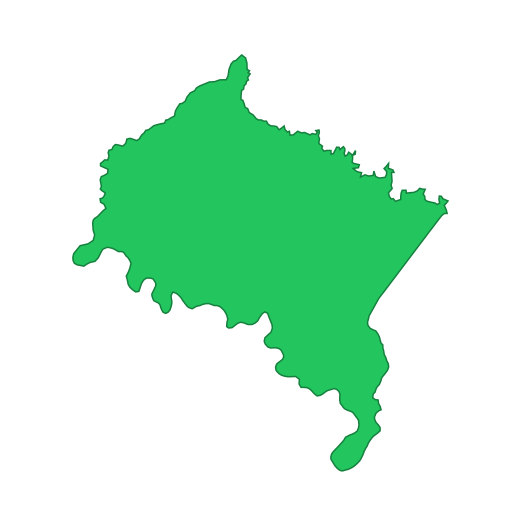 Bituruna, Paraná, Brazil (Natural Earth projection), rotated 191°
{"feature_id": "56859067B61553011926600", "entity_name": "Bituruna", "entity_type": "district", "adm_level": 2, "iso_a3": "BRA", "parent_name": "Brazil", "parent_adm1": "Paraná", "projection": "natural_earth1", "projection_center": [-51.539, -26.148], "detail": "fine", "context": "isolated", "style": "filled", "palette": "green", "viewbox_px": 512, "rotation_deg": 191, "n_neighbors": 0, "source": "geoboundaries", "source_scale": "gbopen_adm2", "svg_char_len": 5692}
<svg xmlns="http://www.w3.org/2000/svg" viewBox="0 0 512 512"><g transform="rotate(191 256 256)"><path d="M180.4,373.4L184.8,375.6L185.7,372.6L187.6,371.0L189.1,373.7L188.8,376.2L189.4,378.5L191.1,380.0L193.9,376.5L195.1,378.5L197.6,378.2L198.5,374.9L199.6,371.2L201.7,370.3L202.6,373.9L206.6,373.1L209.4,371.9L212.0,374.2L211.7,376.5L215.8,378.4L216.1,383.3L217.7,385.8L217.4,389.4L218.2,391.7L221.2,390.5L219.4,389.1L220.6,386.8L224.2,386.9L226.0,385.2L228.2,385.7L232.0,386.5L234.7,385.5L238.9,386.4L242.5,382.0L245.7,381.1L247.0,384.8L248.9,383.7L251.7,385.7L253.2,389.0L255.2,386.6L257.4,384.3L260.4,387.0L263.2,387.0L266.3,386.6L269.2,387.6L271.6,390.4L274.1,389.8L276.7,390.6L279.4,390.0L282.1,390.9L285.5,393.8L290.1,395.6L292.3,399.1L295.0,399.8L296.6,403.0L298.6,406.3L300.6,406.8L301.3,410.7L301.7,415.8L300.0,417.5L300.2,420.8L298.6,423.1L298.7,425.6L297.0,427.3L298.3,429.5L296.5,433.7L298.7,434.5L297.7,436.6L300.3,437.4L301.8,443.9L304.0,448.4L308.4,450.6L310.0,448.5L313.0,444.1L315.3,442.9L317.1,439.8L318.1,434.1L317.8,427.7L318.8,423.3L321.0,422.9L325.1,422.0L327.0,420.9L329.7,419.3L335.0,417.9L344.0,412.0L346.5,409.6L347.8,406.5L351.7,403.5L354.1,398.8L355.0,394.4L357.6,391.7L359.8,390.9L361.6,386.6L362.7,383.2L362.8,377.7L365.9,375.4L368.4,373.0L370.5,372.2L371.1,369.0L373.8,368.0L378.0,366.1L381.2,364.4L385.5,359.5L388.2,358.3L389.2,355.6L391.3,352.9L393.1,348.4L395.1,346.6L399.3,347.2L402.0,347.5L405.1,346.1L405.3,341.9L407.6,338.4L412.4,338.7L415.3,338.6L417.0,336.3L417.8,333.0L420.6,331.7L420.8,329.0L419.4,326.1L419.8,322.0L423.0,321.4L424.4,319.3L426.3,317.2L425.8,314.8L417.8,312.9L417.5,308.7L420.3,306.2L423.0,304.4L423.5,301.2L421.0,294.6L421.6,292.0L419.9,290.8L416.0,289.2L416.6,285.7L417.8,283.5L420.0,282.5L418.8,279.1L415.0,277.8L412.4,274.1L415.1,270.7L419.1,264.5L421.7,262.0L422.7,259.8L422.5,256.8L420.7,250.1L418.4,245.9L418.8,240.2L423.2,235.9L426.9,234.2L430.6,232.6L435.4,223.5L435.5,219.9L434.8,216.9L432.9,214.2L429.9,213.2L423.0,213.2L421.0,215.3L419.1,216.9L417.3,218.2L413.1,220.0L411.8,222.0L410.5,224.2L408.5,231.3L407.6,233.5L403.8,236.1L401.8,236.3L398.5,236.1L396.3,235.6L394.3,235.0L392.2,234.1L387.7,234.8L385.8,233.6L383.7,231.4L381.5,230.1L379.0,227.5L377.3,225.0L377.5,220.3L378.0,217.0L378.7,214.2L379.5,211.5L378.0,208.6L376.0,203.7L373.7,201.2L370.7,199.3L367.2,197.8L364.2,198.9L363.2,206.9L362.4,209.3L361.2,211.7L358.9,213.6L354.9,214.2L352.6,213.8L349.4,210.5L348.7,207.8L349.4,204.8L351.0,198.7L350.3,196.5L347.9,192.7L342.5,191.1L340.9,189.7L339.4,186.8L338.1,184.9L336.5,183.1L333.8,182.4L331.5,184.1L330.2,186.5L329.7,190.0L329.6,192.8L329.9,195.3L330.9,197.8L331.8,200.7L330.9,204.7L327.2,204.2L324.8,203.0L321.8,200.9L319.3,198.2L314.1,193.6L312.2,192.6L308.6,192.0L306.9,193.5L305.1,195.1L301.3,196.8L299.4,198.2L296.3,199.6L293.2,200.3L289.6,199.8L287.5,199.4L285.0,199.9L282.1,199.6L279.3,198.1L276.9,196.4L274.3,193.6L272.7,191.0L271.7,188.5L271.8,184.6L271.3,181.1L269.1,180.1L265.8,181.1L261.1,186.5L258.6,188.0L255.6,188.1L250.7,187.2L246.6,188.1L243.9,190.2L241.9,192.7L240.9,196.1L238.7,200.8L236.6,202.8L233.7,202.0L231.4,198.2L227.2,191.6L226.2,188.4L226.7,184.1L229.0,181.1L231.6,177.5L231.7,174.0L230.2,171.4L226.9,168.9L223.9,168.5L220.7,169.4L218.3,169.7L215.5,169.5L213.2,168.2L210.2,164.3L209.6,162.1L210.2,159.7L211.7,157.8L213.6,155.8L215.1,153.8L215.6,150.7L214.6,147.8L213.0,146.3L210.7,144.8L208.3,143.9L205.5,143.5L202.8,143.5L200.5,143.8L194.0,145.3L189.9,143.3L189.3,138.6L186.7,135.6L183.6,136.2L180.8,136.5L178.7,136.0L176.8,135.1L172.1,131.7L169.3,130.3L166.4,131.5L164.5,133.0L162.1,135.7L160.2,137.5L154.0,140.8L151.0,140.3L148.7,138.8L147.1,136.0L146.8,133.0L146.0,129.7L145.0,127.3L143.2,125.8L141.7,124.3L140.0,123.0L137.4,122.2L132.4,121.4L130.5,120.5L127.7,117.8L125.5,115.9L124.0,114.2L122.7,110.0L122.6,107.2L123.1,103.7L125.2,101.3L127.4,99.6L130.0,98.0L133.5,95.2L134.8,91.6L138.9,84.7L140.8,81.8L142.5,79.2L143.9,76.4L144.2,73.6L143.7,70.9L141.5,68.5L138.7,65.4L136.2,63.4L133.9,62.1L131.7,61.4L129.5,61.8L127.1,63.1L124.5,64.3L120.8,67.2L118.7,69.5L116.6,72.4L115.1,74.8L114.2,77.3L113.2,80.9L112.6,84.4L111.8,87.7L110.6,90.8L109.9,94.2L108.9,96.7L106.9,100.7L105.4,102.6L103.0,105.2L100.8,108.1L101.4,111.1L103.5,113.4L106.2,115.3L108.3,118.2L109.0,120.6L108.1,124.8L105.8,127.6L103.9,128.9L105.2,131.7L107.6,134.7L108.7,138.0L111.4,137.7L114.4,139.2L114.6,142.9L113.1,145.2L112.8,148.4L112.1,150.7L110.4,153.4L109.6,157.1L109.3,160.7L107.1,164.7L105.1,168.9L104.6,172.5L105.7,175.7L107.6,178.0L109.1,180.9L111.4,183.9L112.6,187.3L113.9,189.9L114.6,193.0L116.7,194.4L119.5,200.2L121.7,203.0L124.1,205.3L127.0,205.9L129.9,206.7L131.7,208.1L133.2,209.8L133.9,212.7L133.6,216.2L133.6,218.7L127.4,237.7L124.8,243.0L123.7,245.1L92.3,309.2L90.9,312.1L83.0,328.0L81.3,331.3L79.3,333.6L76.5,334.3L78.1,337.7L80.9,341.7L79.3,344.1L78.0,346.7L83.3,347.8L85.5,350.0L87.5,349.8L87.2,346.2L85.8,343.0L88.0,341.1L90.3,342.2L94.2,342.2L99.1,342.5L100.9,343.8L101.7,346.7L103.7,348.7L102.6,353.8L105.7,353.4L108.2,353.7L110.0,350.8L113.1,348.6L116.3,347.7L120.4,346.4L121.3,349.2L125.0,348.4L125.5,345.7L125.3,342.3L124.7,339.1L129.5,336.3L132.2,338.5L134.3,337.8L136.6,340.1L138.0,343.3L135.2,348.2L136.9,351.2L136.7,355.2L139.0,363.9L136.5,364.4L137.9,366.5L140.3,367.0L142.8,367.2L143.5,372.2L145.6,368.2L147.0,366.3L144.0,364.0L143.4,361.3L144.2,357.9L149.9,356.0L153.7,356.8L156.5,361.9L156.3,357.5L158.6,356.7L160.7,356.0L164.5,356.5L168.5,353.4L168.3,358.0L172.6,358.0L175.3,359.3L177.4,360.5L172.3,362.2L172.0,365.3L177.6,365.5L179.5,366.3L179.7,369.8L180.4,373.4ZM180.4,373.4L178.0,374.8L178.4,378.5L180.4,373.4Z" fill="#22c55e" stroke="#15803d" stroke-width="1.5"/></g></svg>